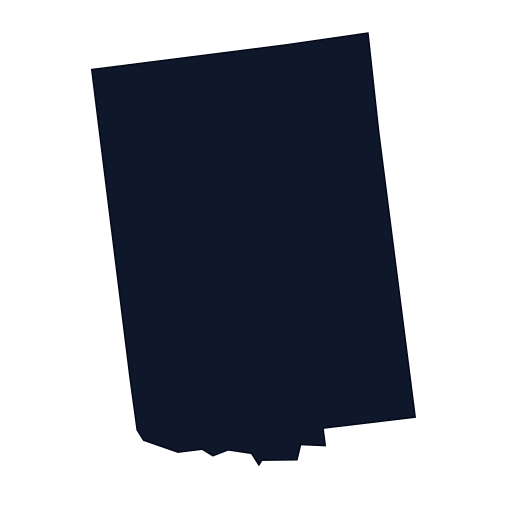 Perry, Illinois, United States of America, rotated 82°
{"feature_id": "52423323B20908268327084", "entity_name": "Perry", "entity_type": "district", "adm_level": 2, "iso_a3": "USA", "parent_name": "United States of America", "parent_adm1": "Illinois", "projection": "robinson", "projection_center": [-89.23, 38.085], "detail": "fine", "context": "isolated", "style": "filled", "palette": "ink", "viewbox_px": 512, "rotation_deg": 82, "n_neighbors": 0, "source": "geoboundaries", "source_scale": "gbopen_adm2", "svg_char_len": 407}
<svg xmlns="http://www.w3.org/2000/svg" viewBox="0 0 512 512"><g transform="rotate(82 256 256)"><path d="M437.7,120.8L149.3,117.2L50.8,114.1L51.1,198.3L48.5,392.7L359.4,397.7L411.7,397.9L422.8,392.9L439.4,360.6L439.8,336.2L447.8,326.5L444.1,310.6L450.8,287.9L463.3,282.2L459.0,278.7L463.5,243.8L448.9,238.1L453.4,213.8L435.8,213.6L437.7,120.8Z" fill="#0f172a" stroke="#020617" stroke-width="1.5"/></g></svg>